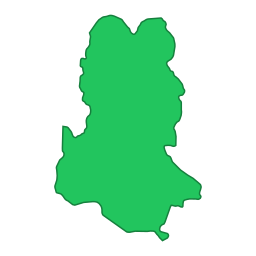 outline of Sukhothai
{"feature_id": "THA-397", "entity_name": "Sukhothai", "entity_type": "Province", "adm_level": 1, "iso_a3": "THA", "parent_name": "Thailand", "parent_adm1": "", "projection": "natural_earth1", "projection_center": [99.709, 17.253], "detail": "fine", "context": "isolated", "style": "filled", "palette": "green", "viewbox_px": 256, "rotation_deg": 0, "n_neighbors": 0, "source": "natural_earth", "source_scale": "10m", "svg_char_len": 4635}
<svg xmlns="http://www.w3.org/2000/svg" viewBox="0 0 256 256"><path d="M173.4,146.3L172.1,146.0L171.5,145.7L170.8,145.5L170.1,145.4L167.9,145.3L165.1,145.6L164.5,145.9L164.2,146.6L164.1,147.5L164.8,150.1L166.4,154.0L166.7,154.5L167.1,155.0L167.5,155.4L168.7,156.0L169.3,156.2L170.3,156.9L170.9,158.0L172.1,161.2L172.4,161.8L172.8,162.3L180.5,170.0L187.5,175.0L193.2,178.4L199.9,184.1L200.3,184.5L200.6,185.0L201.0,186.4L201.1,187.1L200.6,189.3L199.7,191.9L199.5,193.4L199.6,194.4L200.3,195.4L200.7,195.9L200.9,196.6L200.7,197.4L200.3,198.2L198.8,199.2L198.0,199.3L197.2,199.2L195.8,199.0L189.7,198.9L186.9,199.4L184.3,200.2L183.8,200.7L183.3,201.6L183.0,203.6L182.9,205.8L182.8,206.5L182.4,207.0L181.5,207.0L180.9,206.9L180.2,206.6L178.7,205.9L178.4,205.8L177.8,205.7L175.9,206.1L175.1,206.1L171.9,205.3L171.2,205.3L170.2,207.2L165.0,222.0L164.0,223.9L162.2,224.7L161.3,225.4L160.5,226.3L160.1,227.0L159.8,227.9L159.6,229.4L159.8,230.5L160.5,231.5L161.3,231.8L167.3,233.5L167.8,233.9L168.2,234.4L168.4,235.1L168.5,235.9L168.0,237.1L167.4,238.0L162.5,240.6L159.6,237.7L158.2,235.6L156.9,234.3L155.0,231.8L154.4,231.4L153.4,231.1L150.4,231.0L147.3,231.4L135.2,231.2L129.8,232.2L129.0,232.2L127.6,232.1L126.7,231.9L103.4,215.4L102.9,214.9L102.6,214.4L102.1,213.1L102.0,212.3L102.0,209.8L101.8,208.2L101.6,207.5L101.1,206.2L100.8,205.7L99.7,204.2L98.9,203.3L97.8,202.6L97.0,202.1L95.1,201.7L93.0,201.6L83.7,202.4L74.8,205.1L72.7,204.6L67.8,200.8L66.6,200.3L65.6,199.6L64.8,198.7L63.2,196.3L61.8,194.7L61.4,194.3L60.9,194.0L60.3,193.7L56.9,192.8L56.4,192.5L56.1,191.7L55.4,189.0L55.1,188.1L54.9,186.9L55.0,185.8L56.6,180.8L56.9,179.5L57.2,175.7L56.8,170.3L56.5,168.6L56.4,167.7L56.6,166.6L59.7,160.1L60.1,159.7L62.4,157.7L63.3,156.7L63.6,156.1L63.9,155.4L64.0,154.2L64.0,153.3L63.4,152.1L62.9,151.5L62.5,150.9L62.4,148.1L63.0,126.4L66.9,127.0L67.5,127.3L68.2,127.8L70.8,131.2L71.5,132.3L72.4,134.8L73.1,136.3L74.0,137.1L75.5,137.6L76.3,137.4L76.8,137.0L77.1,136.5L77.6,136.1L78.1,135.9L79.5,135.6L80.7,135.0L81.5,134.2L82.0,133.8L83.8,133.1L84.2,132.7L84.4,132.1L84.6,130.5L84.8,129.9L85.1,129.4L85.6,129.0L86.1,128.5L86.6,127.7L86.8,126.9L86.8,126.0L86.3,122.1L86.3,120.4L86.6,119.0L86.8,118.3L87.1,117.7L87.8,116.6L88.7,115.8L89.2,115.4L89.7,114.9L90.1,114.1L90.5,112.9L90.7,111.0L90.7,109.9L90.1,107.1L89.9,106.4L89.6,105.9L89.1,105.5L88.6,105.1L86.8,104.5L86.2,104.1L85.8,103.7L84.8,102.1L84.4,101.7L83.3,101.1L82.8,100.7L82.5,100.1L82.5,99.1L82.6,97.7L83.6,95.0L83.8,93.5L83.8,92.5L83.3,92.1L82.2,91.5L81.8,91.1L81.4,90.7L80.3,88.3L79.9,87.8L79.6,87.0L79.5,86.0L80.1,81.0L80.2,77.6L80.4,76.8L80.7,76.1L81.1,75.8L82.4,74.9L83.3,74.1L83.6,73.3L83.6,72.5L83.0,70.5L82.9,69.8L82.8,68.2L82.5,67.6L82.1,67.1L80.9,66.6L80.5,66.2L80.3,65.6L80.6,61.0L80.7,60.0L81.0,59.2L81.4,58.7L81.9,58.4L82.5,58.4L83.2,58.4L83.8,58.7L84.5,58.9L85.2,58.9L86.0,58.5L86.3,57.9L86.3,57.2L85.8,55.9L85.7,54.8L85.7,53.5L86.0,51.0L86.3,49.8L86.8,48.9L87.8,47.8L88.5,46.9L89.6,45.1L89.9,44.0L89.9,43.1L89.8,42.1L89.9,40.8L90.5,37.2L90.5,36.1L89.5,32.9L96.5,22.7L98.9,19.8L102.4,17.4L103.1,17.1L103.7,16.9L104.4,16.8L105.1,16.7L106.7,16.4L109.2,15.6L110.1,15.4L111.0,15.4L112.4,15.6L114.4,16.2L121.4,19.3L121.9,19.7L122.3,20.1L123.3,21.7L127.5,27.0L128.9,28.2L129.3,28.6L129.6,29.2L130.0,30.6L130.3,31.2L130.5,31.8L130.9,32.4L131.4,33.0L132.0,33.5L133.3,34.2L134.0,34.3L134.7,34.1L135.1,33.7L137.1,31.2L137.4,30.7L138.1,27.8L138.4,27.2L140.3,24.7L141.1,22.9L141.6,22.4L142.2,21.9L144.2,20.9L146.4,19.5L147.3,19.2L148.1,19.0L161.1,18.0L162.2,18.9L163.2,20.5L163.7,20.9L164.2,21.2L164.8,21.5L165.2,22.0L165.5,22.5L165.8,23.1L166.0,23.8L166.1,24.6L165.6,26.0L165.4,27.1L165.6,28.2L166.3,29.5L166.8,30.3L167.4,30.9L169.6,32.8L173.4,37.7L173.7,38.5L174.8,43.6L174.9,44.8L174.9,46.7L173.5,55.2L173.1,56.2L172.8,56.9L171.7,58.4L171.3,58.9L170.9,59.3L168.3,60.9L167.4,61.7L167.0,62.2L166.7,62.8L166.7,63.7L166.9,64.7L167.6,66.1L169.4,68.4L170.1,70.2L170.5,70.7L171.0,71.1L171.6,71.3L172.3,71.4L172.7,71.7L173.2,72.3L173.5,73.3L173.9,74.9L174.3,75.7L174.9,76.3L176.0,77.0L178.3,79.0L182.0,83.9L182.3,84.4L182.8,86.1L183.1,87.5L183.4,88.4L183.8,89.1L184.5,90.1L184.6,90.9L184.5,92.0L183.5,93.8L182.8,94.7L182.0,95.2L180.6,95.3L179.9,95.6L179.4,95.8L179.0,96.2L178.7,96.5L178.7,97.1L178.7,97.9L179.2,99.3L179.7,100.1L180.1,100.6L180.6,101.0L181.0,101.5L181.3,102.7L181.3,109.7L181.5,111.8L181.4,113.3L181.1,115.4L180.0,118.7L179.4,120.1L178.8,121.0L177.1,122.0L176.7,122.4L175.5,123.9L174.9,125.0L173.8,127.5L173.8,128.2L173.9,129.0L174.7,130.3L175.2,131.7L176.0,136.5L175.8,145.4L174.7,146.1L174.1,146.2L173.4,146.3Z" fill="#22c55e" stroke="#15803d" stroke-width="1.5"/></svg>